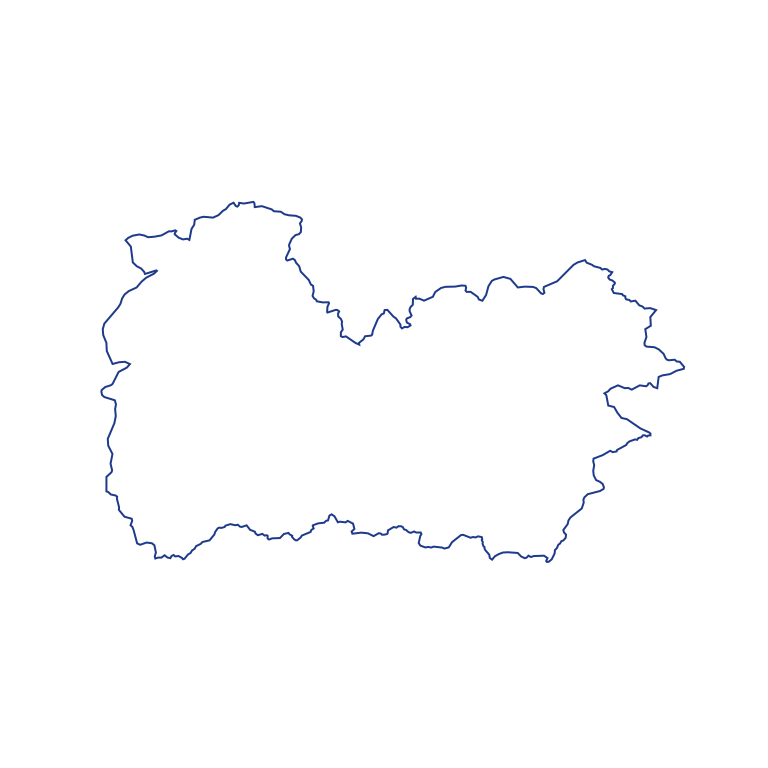 outline of Mogovolas, Nampula, Mozambique, rotated 346°
{"feature_id": "85939544B32350532447413", "entity_name": "Mogovolas", "entity_type": "district", "adm_level": 2, "iso_a3": "MOZ", "parent_name": "Mozambique", "parent_adm1": "Nampula", "projection": "mercator", "projection_center": [39.302, -15.724], "detail": "fine", "context": "isolated", "style": "outline", "palette": "blue", "viewbox_px": 768, "rotation_deg": 346, "n_neighbors": 0, "source": "geoboundaries", "source_scale": "gbopen_adm2", "svg_char_len": 6154}
<svg xmlns="http://www.w3.org/2000/svg" viewBox="0 0 768 768"><g transform="rotate(346 384 384)"><path d="M665.9,378.1L660.7,374.8L655.0,373.8L653.6,371.4L650.7,369.4L648.1,364.0L643.4,363.6L642.4,361.8L639.5,360.5L639.0,359.0L639.4,357.3L637.2,355.7L636.9,354.4L629.0,351.3L628.0,347.1L629.3,346.3L629.9,344.1L632.2,342.5L632.5,341.4L630.6,338.8L628.1,337.1L627.3,334.8L628.3,333.4L630.0,333.0L632.5,330.7L629.8,329.2L628.6,327.0L626.0,325.7L623.3,325.7L622.0,323.7L616.3,320.6L614.6,318.6L610.0,315.3L609.0,312.4L601.1,312.9L596.6,314.3L576.9,326.2L562.7,328.5L561.7,330.5L561.7,334.3L560.0,335.1L558.4,334.1L554.9,327.8L552.2,325.9L544.2,323.6L537.2,322.7L532.1,312.6L525.8,309.0L516.4,309.3L513.5,310.1L509.0,314.4L504.6,322.3L499.6,327.0L496.6,325.0L495.9,322.0L490.4,315.6L486.5,314.6L485.7,313.1L487.0,310.3L486.8,308.4L483.2,307.2L476.6,306.7L467.2,304.6L462.6,304.6L456.0,307.1L452.5,311.2L443.0,312.8L438.9,309.7L435.7,309.0L435.8,307.1L432.7,308.5L431.1,314.1L428.4,315.7L426.9,317.7L426.5,319.7L427.3,324.2L425.8,325.4L422.0,325.9L421.0,327.2L421.1,329.9L423.8,332.3L423.9,333.6L420.6,334.6L417.8,333.6L414.9,334.4L413.8,332.4L414.3,330.3L411.6,323.4L409.4,320.8L405.2,312.9L402.5,312.4L400.9,315.5L398.6,315.8L393.8,319.4L386.1,329.6L384.4,333.3L383.1,333.9L377.2,333.1L374.8,335.7L369.6,338.1L369.5,339.8L366.3,337.3L358.6,328.6L355.1,328.4L353.7,327.1L354.7,323.3L357.1,321.3L357.5,315.6L358.4,313.2L357.9,310.4L355.9,307.3L356.5,304.4L358.0,302.9L357.7,302.1L356.3,300.7L354.8,300.4L346.5,301.0L346.2,300.5L347.8,295.4L350.2,292.4L350.0,291.3L344.3,290.0L338.8,287.5L338.6,285.9L336.8,283.9L336.0,281.2L338.2,277.1L338.9,271.6L337.1,269.7L336.2,264.9L330.4,254.8L330.2,249.2L328.0,245.0L327.5,242.2L326.0,240.4L320.0,240.8L319.1,239.5L319.5,237.6L325.4,230.3L325.3,226.9L325.9,225.5L329.7,220.7L334.2,218.1L337.8,218.0L340.1,216.4L341.5,212.0L341.3,207.8L343.6,205.9L344.2,204.4L343.1,202.3L339.2,199.5L332.8,197.4L328.5,195.2L325.6,191.9L318.9,189.7L317.3,187.4L308.5,181.9L301.4,181.1L302.0,177.2L301.3,175.7L291.7,175.0L287.3,173.2L286.3,175.4L284.6,176.4L283.2,175.4L281.9,171.7L277.6,172.6L273.0,176.0L269.6,177.0L264.3,180.1L258.4,181.2L249.4,178.1L245.7,178.0L240.1,178.9L238.4,183.5L234.8,186.9L230.0,197.1L228.1,195.4L224.0,195.1L220.3,192.5L217.2,188.2L217.4,187.2L219.5,185.3L218.6,184.4L214.7,184.5L212.2,183.8L204.0,186.0L196.6,185.5L190.6,184.5L187.3,181.9L182.7,179.7L176.1,179.3L171.3,180.3L168.0,182.0L171.6,189.4L169.7,205.3L172.6,209.9L176.3,213.2L178.4,217.1L178.7,219.4L190.6,218.7L191.0,219.3L187.5,221.3L179.0,223.3L173.6,226.0L167.3,230.5L158.9,232.1L154.1,234.3L150.6,237.6L147.7,242.4L144.6,245.4L127.3,257.7L124.4,262.7L123.4,268.6L124.6,276.9L123.0,284.9L125.5,298.9L132.3,298.8L138.0,299.8L142.3,303.2L138.4,305.9L129.4,308.1L120.6,318.3L118.8,319.1L112.8,319.5L108.7,321.5L107.9,323.0L107.8,326.5L109.5,329.0L118.9,334.7L119.0,338.9L117.0,343.4L116.0,350.2L112.9,356.8L102.7,370.4L101.5,377.1L103.6,386.2L99.4,395.2L99.3,402.1L98.2,403.7L92.2,407.0L88.7,421.0L90.3,422.1L92.2,425.1L96.5,427.2L97.8,428.7L97.1,430.7L97.1,439.6L96.3,442.0L100.1,450.0L106.6,453.7L106.6,455.8L103.9,459.7L105.3,461.8L105.7,465.4L105.9,478.9L108.5,481.0L115.3,480.4L120.3,482.4L122.2,484.9L121.9,492.3L119.9,495.8L119.9,498.0L123.0,497.8L126.0,498.6L129.7,497.1L131.9,500.0L134.6,501.3L136.1,499.6L138.5,499.0L139.7,500.8L143.0,501.2L146.0,504.0L146.5,505.4L148.2,505.3L152.4,502.1L155.5,501.1L157.2,499.3L160.4,498.0L162.4,495.9L167.4,494.8L169.6,493.4L176.9,493.5L183.1,488.9L184.2,486.9L187.6,483.9L189.3,483.5L191.4,484.3L194.7,484.2L195.9,483.1L201.0,482.8L205.6,485.1L208.1,485.2L209.8,487.6L211.4,488.3L216.5,487.9L218.8,493.1L223.0,496.1L223.2,498.0L225.0,500.2L229.7,500.0L231.5,502.2L233.7,502.4L234.4,503.2L233.7,505.8L234.9,507.1L238.1,506.7L245.8,508.3L250.6,505.3L255.3,505.4L256.0,507.0L258.2,509.0L257.7,509.9L259.2,512.9L260.8,514.5L262.0,514.6L265.8,512.9L267.6,511.2L277.0,509.8L278.1,508.1L280.8,507.1L280.5,504.3L280.9,503.9L286.5,503.3L292.3,504.1L294.9,502.7L296.7,502.8L299.2,498.5L301.6,497.8L303.9,500.3L305.8,507.0L307.8,506.9L313.4,509.0L315.6,508.0L320.2,512.0L320.2,517.5L316.9,519.3L317.1,521.6L325.9,522.7L332.3,525.0L337.1,529.1L342.8,527.5L344.7,528.3L345.6,529.8L348.2,530.3L350.6,530.3L351.4,529.8L352.4,527.0L358.7,525.1L361.4,526.4L363.6,525.5L366.3,526.2L367.7,527.5L368.2,529.8L370.1,531.0L372.0,533.7L373.9,534.9L377.6,534.4L379.3,535.9L383.7,537.0L384.0,538.7L382.4,540.3L379.2,546.7L380.2,549.6L384.6,552.6L387.6,552.8L390.2,554.1L392.8,553.8L400.9,556.8L402.9,558.3L407.3,558.2L411.8,553.9L422.2,549.2L424.3,549.5L430.8,554.1L433.4,554.0L435.6,555.0L438.5,554.6L441.8,556.2L441.8,558.3L441.1,559.0L441.6,561.4L441.0,562.8L441.2,565.2L442.1,566.6L441.7,568.0L442.2,569.9L444.8,575.0L444.6,578.4L446.4,580.6L449.9,578.0L454.2,576.8L458.6,576.3L463.4,577.2L472.9,580.3L475.3,584.5L478.5,587.1L480.5,586.9L482.6,585.5L484.7,587.4L487.8,587.2L497.7,589.3L500.5,592.4L498.5,595.1L499.1,596.1L500.9,596.3L504.3,594.7L508.5,589.8L509.7,586.5L512.0,585.1L514.3,582.1L516.2,581.4L518.1,579.4L520.1,579.2L523.0,577.3L524.2,574.2L522.8,571.7L522.6,569.1L528.3,564.4L530.0,561.0L532.6,558.6L545.8,552.6L549.1,547.4L549.5,544.4L551.1,542.4L555.1,540.2L567.8,540.1L571.7,538.9L572.4,537.5L572.0,533.9L569.8,531.1L566.6,528.6L565.4,523.5L566.0,518.9L568.3,513.6L568.3,509.6L569.3,507.1L579.1,505.9L587.3,503.5L589.5,505.5L593.3,505.7L594.2,504.4L604.4,501.7L605.6,500.3L608.2,499.1L614.1,498.5L616.2,499.4L617.7,498.0L621.0,497.9L622.6,496.5L624.5,496.8L626.6,498.6L627.9,497.9L630.1,498.3L630.5,496.6L629.7,495.3L622.0,489.1L611.2,476.9L606.2,474.4L603.5,468.3L601.7,462.0L596.4,459.2L597.0,448.6L595.6,446.4L599.8,445.3L602.6,443.4L610.7,441.9L616.6,446.3L620.0,446.9L623.0,449.4L631.8,447.2L637.8,449.6L639.4,449.0L640.7,447.5L642.5,447.6L644.8,452.0L648.1,454.2L652.2,443.6L656.1,443.0L664.0,443.6L671.0,441.9L678.5,441.8L679.3,440.0L676.4,434.0L673.4,432.9L672.0,430.8L666.2,429.9L664.6,429.0L663.5,427.3L662.6,422.4L659.0,416.9L655.4,413.8L647.7,411.2L646.3,409.4L646.7,407.0L650.0,401.9L650.8,394.0L657.0,392.0L658.6,383.5L665.9,378.1Z" fill="none" stroke="#1e3a8a" stroke-width="2"/></g></svg>